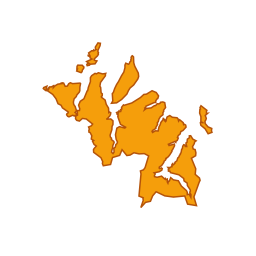 Loppa nor, Finnmark, Norway, rotated 23°
{"feature_id": "86288312B40106717450016", "entity_name": "Loppa nor", "entity_type": "district", "adm_level": 2, "iso_a3": "NOR", "parent_name": "Norway", "parent_adm1": "Finnmark", "projection": "orthographic", "projection_center": [21.938, 70.216], "detail": "fine", "context": "isolated", "style": "filled", "palette": "amber", "viewbox_px": 256, "rotation_deg": 23, "n_neighbors": 0, "source": "geoboundaries", "source_scale": "gbopen_adm2", "svg_char_len": 5894}
<svg xmlns="http://www.w3.org/2000/svg" viewBox="0 0 256 256"><g transform="rotate(23 128 128)"><path d="M195.7,113.2L192.0,112.9L188.7,110.6L187.5,111.2L188.3,113.0L187.0,115.1L187.9,118.0L187.2,119.2L189.3,122.1L188.0,122.6L187.0,121.5L185.8,121.6L185.5,123.4L186.1,125.8L185.7,126.6L186.5,130.0L186.2,131.1L186.5,131.8L186.1,132.9L186.1,135.1L185.5,136.1L185.8,139.1L184.6,141.3L185.0,141.9L184.2,144.1L183.5,144.6L183.0,143.6L182.7,144.4L183.5,146.2L183.0,146.2L182.6,147.7L180.2,148.7L181.8,149.5L181.2,150.2L182.1,151.9L183.5,151.4L184.5,152.5L193.1,151.2L199.0,152.7L200.3,154.8L204.0,155.6L205.2,157.8L209.3,160.5L210.1,161.7L209.9,162.5L210.2,163.4L212.0,164.7L212.9,167.2L210.2,165.0L208.6,166.2L207.7,164.1L206.3,162.8L199.8,160.6L195.0,156.9L190.0,158.0L186.7,157.0L186.8,160.7L186.0,161.1L186.3,163.2L185.2,162.3L184.1,159.6L182.9,160.7L182.0,159.8L181.6,160.6L177.7,159.2L174.0,162.0L171.4,162.4L170.9,161.4L171.0,159.7L169.5,159.1L173.8,156.1L175.6,153.7L175.4,152.0L174.3,151.7L173.2,153.0L172.3,152.7L172.1,151.5L173.6,149.6L174.4,145.8L174.2,144.4L175.0,142.9L175.1,142.2L174.8,141.7L175.2,141.0L174.9,140.9L176.3,138.8L176.9,136.6L177.6,132.4L177.1,131.6L177.5,130.7L177.8,126.2L177.0,124.7L172.6,128.1L171.5,127.2L176.3,122.2L177.6,122.5L177.3,121.4L178.2,120.2L178.2,117.6L177.2,117.4L177.2,115.3L178.3,113.2L178.0,110.7L179.6,108.8L181.1,104.5L180.0,102.8L178.5,102.5L177.9,103.2L176.7,101.5L172.3,100.2L171.9,101.9L170.5,100.0L169.1,99.4L164.6,100.8L161.6,100.2L159.7,102.5L159.9,105.8L160.3,106.2L160.4,107.2L160.1,106.3L159.2,106.7L158.7,106.6L160.0,107.1L160.0,107.4L158.7,106.9L158.6,106.5L159.0,106.3L158.2,105.8L157.4,106.3L156.5,104.8L157.0,106.7L156.1,109.9L156.3,112.6L156.1,114.9L156.9,119.0L154.3,119.9L152.4,122.5L151.5,121.8L151.7,121.1L151.5,120.8L153.8,117.5L153.4,116.8L153.8,113.1L152.9,111.7L153.4,110.3L153.0,107.8L153.4,105.0L155.0,102.1L154.1,100.1L154.4,98.9L153.8,97.5L154.6,94.5L151.9,90.3L149.9,90.4L147.9,91.6L147.9,92.6L146.9,93.8L145.5,94.2L144.6,96.6L143.5,97.2L141.5,100.4L137.2,102.9L136.1,104.8L136.1,103.2L135.6,103.0L136.2,101.7L136.0,100.9L142.2,94.3L143.6,93.7L142.9,92.1L143.5,89.5L143.9,89.2L143.6,86.5L140.1,84.3L135.6,84.3L131.7,89.7L129.5,90.9L127.5,95.2L121.7,103.5L115.6,108.6L114.8,108.5L114.0,111.5L114.9,112.9L114.0,113.9L114.8,114.6L114.8,115.7L113.0,115.7L112.9,117.2L113.6,117.8L112.3,117.3L111.4,118.3L112.3,119.0L113.1,118.4L112.9,119.2L113.9,118.7L113.2,119.7L114.3,120.7L114.1,121.4L114.5,121.9L119.7,127.6L125.5,128.2L125.1,129.3L119.6,130.1L117.8,132.5L119.1,139.1L121.5,143.0L123.8,145.0L123.9,146.8L123.3,147.9L123.8,150.7L122.9,152.2L124.6,155.6L124.2,157.4L122.3,156.7L121.7,154.1L121.8,152.6L120.9,150.3L120.9,146.8L120.2,145.9L117.2,145.1L116.8,143.8L115.5,143.4L114.3,141.7L113.8,135.8L112.7,132.8L112.8,130.7L111.4,127.3L108.6,126.4L105.2,128.1L105.0,127.8L105.8,127.0L105.6,126.6L106.5,124.0L106.6,122.4L106.2,120.7L104.8,120.5L104.3,121.3L102.3,117.3L98.7,114.7L96.0,111.2L91.6,110.1L91.2,109.5L91.4,108.8L90.9,108.8L91.7,108.4L91.0,106.6L89.5,106.1L86.9,101.2L85.8,100.6L84.9,96.8L86.8,88.7L86.3,87.8L86.2,86.4L83.6,88.1L79.2,88.7L77.7,90.5L76.3,90.6L74.1,94.0L73.7,96.3L75.3,100.1L75.6,106.1L76.3,109.4L75.9,109.8L76.0,118.3L73.6,122.1L73.6,126.3L76.1,129.2L76.5,130.9L74.5,131.7L76.5,135.9L76.0,136.5L74.6,134.7L73.2,134.4L73.8,132.2L71.0,128.9L68.8,127.5L67.6,125.5L67.0,122.2L68.1,119.3L68.0,117.6L69.1,114.2L69.1,112.6L67.7,109.1L67.0,105.7L66.3,105.4L59.7,108.8L57.2,108.9L56.1,110.5L55.8,113.1L53.9,114.2L51.2,111.8L49.8,112.1L49.1,112.7L49.7,113.0L46.2,115.1L44.2,117.9L43.5,120.0L42.9,118.2L41.4,120.1L39.8,120.8L39.7,123.1L39.2,122.4L38.6,124.6L37.5,124.4L37.0,121.2L34.6,123.7L34.6,124.8L37.6,125.7L39.3,125.2L45.6,126.5L50.3,129.2L54.1,133.0L57.5,133.2L59.8,135.1L66.8,136.6L66.9,137.7L66.2,138.7L66.3,139.8L67.9,140.8L69.3,140.8L72.2,137.8L73.8,138.0L74.4,137.1L75.3,137.8L76.1,140.0L77.8,141.0L80.6,140.6L82.3,137.0L86.1,136.0L93.9,138.2L93.4,140.3L91.3,142.5L92.9,144.1L92.8,145.3L93.7,147.1L94.9,147.0L97.7,149.3L98.5,152.5L101.3,152.9L100.5,154.0L103.2,156.4L105.9,157.0L104.8,160.2L104.7,161.5L105.9,163.8L114.7,165.9L117.9,168.9L118.3,170.7L120.0,172.4L126.2,168.4L125.3,161.2L131.0,156.5L131.0,150.3L137.7,153.8L140.5,152.1L143.1,148.5L148.3,147.5L153.0,145.2L157.9,145.6L159.2,157.8L158.6,160.4L156.2,162.7L157.9,165.2L164.7,186.4L169.3,186.3L169.4,187.2L170.3,188.6L170.9,196.2L173.2,189.6L177.3,186.7L177.2,180.8L178.8,175.7L188.4,176.1L196.8,173.8L206.8,168.4L212.6,174.8L221.4,172.7L215.6,165.7L214.7,150.1L214.8,148.0L213.3,146.1L208.0,144.4L206.3,139.1L198.2,131.1L201.1,127.1L200.2,124.3L198.2,121.6L196.3,121.9L194.7,120.0L195.1,116.5L194.8,114.8L195.7,113.2ZM103.1,111.7L107.7,109.3L111.0,104.2L113.7,97.3L113.8,93.3L114.3,90.3L116.4,86.2L117.9,79.1L117.7,76.4L116.0,73.4L110.0,68.4L107.8,65.7L105.3,60.4L103.8,59.8L103.3,60.5L103.3,62.0L103.9,62.8L103.9,64.1L104.5,65.1L103.9,66.4L104.0,68.2L103.6,69.1L100.6,69.2L100.6,71.3L101.6,73.6L102.3,78.1L101.6,82.5L101.1,89.0L100.5,92.4L100.3,96.9L100.6,101.0L100.1,102.5L103.4,109.0L103.1,111.7ZM207.0,99.2L205.9,97.9L205.3,95.7L201.2,95.7L197.3,93.7L196.2,91.6L196.5,90.1L196.3,88.5L194.2,86.3L195.5,83.5L194.6,84.1L193.6,81.7L193.7,80.9L186.5,79.0L186.3,81.1L187.3,82.3L186.9,82.8L188.1,86.3L190.7,89.1L192.6,93.7L195.6,93.9L192.7,94.1L192.5,94.8L194.0,97.0L199.3,98.6L204.0,102.0L207.0,99.2ZM71.4,70.2L70.4,69.4L70.0,68.0L70.1,63.2L69.5,60.8L67.1,61.4L66.3,66.3L67.3,68.1L68.0,68.2L66.5,70.1L65.9,69.7L65.8,70.5L64.4,71.1L62.4,74.3L64.4,76.1L62.9,76.7L63.2,77.2L65.2,77.1L65.6,78.2L67.9,78.6L63.9,83.0L67.0,83.8L65.5,84.7L65.3,85.8L66.1,86.6L68.0,85.2L68.4,84.0L72.6,81.8L73.2,78.4L70.6,78.8L70.0,77.5L71.8,73.3L71.9,71.6L71.3,71.0L71.4,70.2ZM63.6,89.1L61.3,88.1L57.2,89.8L57.0,91.1L57.9,93.7L58.4,93.5L58.5,95.6L63.2,95.4L63.7,94.2L63.4,92.5L63.9,90.4L63.6,89.1Z" fill="#f59e0b" stroke="#b45309" stroke-width="1.5"/></g></svg>